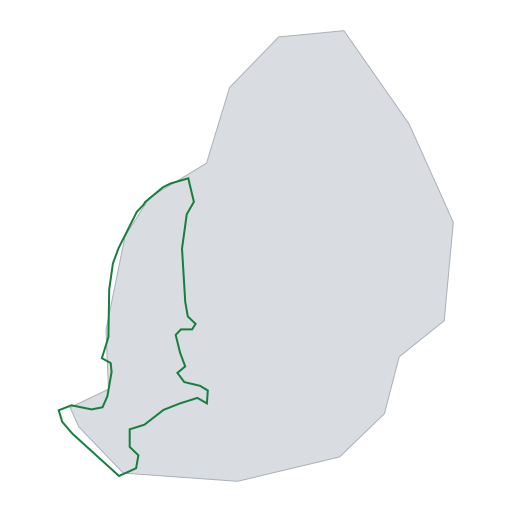 Rivière Noire on a map of Mauritius (Mercator projection)
{"feature_id": "MUS-5193", "entity_name": "Rivière Noire", "entity_type": "District", "adm_level": 1, "iso_a3": "MUS", "parent_name": "Mauritius", "parent_adm1": "", "projection": "mercator", "projection_center": [57.418, -20.334], "detail": "fine", "context": "in_parent", "style": "outline", "palette": "green", "viewbox_px": 512, "rotation_deg": 0, "n_neighbors": 0, "source": "natural_earth", "source_scale": "10m", "svg_char_len": 1019}
<svg xmlns="http://www.w3.org/2000/svg" viewBox="0 0 512 512"><path d="M339.6,456.9L237.5,481.3L123.2,473.1L78.7,426.8L70.1,407.5L108.5,389.2L106.0,329.9L125.1,236.1L149.6,197.5L206.5,163.2L229.6,87.5L278.7,36.9L343.9,30.7L409.1,124.0L453.3,222.3L444.2,320.7L399.2,356.8L384.4,413.7L339.6,456.9Z" fill="#d9dde1" stroke="#a8b0b8" stroke-width="1"/><path d="M136.1,468.2L119.0,476.0L72.5,433.8L62.2,421.8L58.7,410.3L71.5,405.3L91.5,409.4L102.5,407.3L107.4,396.2L111.6,372.0L110.7,363.1L101.9,358.2L108.4,337.1L109.2,289.6L112.9,263.5L118.4,248.5L136.8,211.9L143.5,204.8L145.1,202.1L163.0,187.2L170.8,183.4L188.3,178.3L189.5,183.5L193.9,201.8L186.7,214.4L184.9,227.8L182.0,248.6L182.7,259.7L184.5,289.7L185.2,301.6L187.8,316.4L194.0,322.4L195.6,323.8L192.1,329.4L180.9,329.4L175.7,334.9L180.0,352.5L185.2,366.4L177.4,372.9L184.3,382.1L200.0,385.8L207.8,390.5L206.9,403.4L197.4,397.9L180.0,403.4L163.5,409.9L144.4,424.7L129.7,429.3L129.7,446.9L138.4,455.3L136.1,468.2Z" fill="none" stroke="#15803d" stroke-width="2"/></svg>